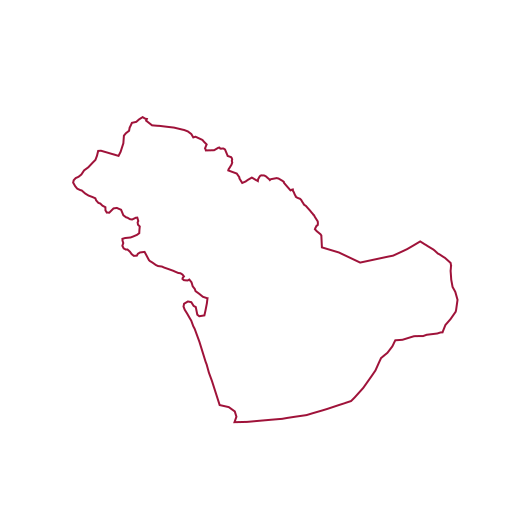 Al Makhrim, Homs (Hims), Syria (Albers equal-area conic projection), rotated 45°
{"feature_id": "27442178B17685723948764", "entity_name": "Al Makhrim", "entity_type": "district", "adm_level": 2, "iso_a3": "SYR", "parent_name": "Syria", "parent_adm1": "Homs (Hims)", "projection": "albers", "projection_center": [37.338, 34.825], "detail": "fine", "context": "isolated", "style": "outline", "palette": "rose", "viewbox_px": 512, "rotation_deg": 45, "n_neighbors": 0, "source": "geoboundaries", "source_scale": "gbopen_adm2", "svg_char_len": 5108}
<svg xmlns="http://www.w3.org/2000/svg" viewBox="0 0 512 512"><g transform="rotate(45 256 256)"><path d="M358.3,388.7L363.0,383.8L367.1,379.5L368.6,377.7L372.5,373.0L383.3,360.1L383.9,359.4L387.1,355.6L389.6,352.7L392.6,348.4L397.3,342.0L404.2,332.8L404.9,331.5L407.3,327.0L412.1,318.3L414.5,313.8L420.0,302.8L421.4,300.1L425.8,291.3L425.8,286.2L425.1,273.4L422.6,258.9L421.4,252.5L418.3,244.4L417.1,241.1L416.6,239.8L416.6,239.7L417.0,235.3L417.4,231.6L416.3,223.5L415.5,221.1L415.1,220.1L414.1,217.1L418.8,211.7L423.1,203.5L424.5,200.9L428.8,196.4L430.8,194.4L431.5,192.9L432.4,191.0L439.0,182.6L439.8,181.0L440.6,179.5L441.9,178.1L441.5,177.3L438.7,170.8L438.2,163.2L436.6,154.2L435.6,152.6L429.5,144.5L422.4,140.5L420.8,140.0L416.9,138.9L410.8,134.7L407.6,131.9L404.1,128.9L402.8,127.3L400.8,125.0L400.8,124.9L400.6,124.8L398.5,123.3L391.0,123.7L390.5,123.8L389.4,124.1L384.5,125.1L382.8,125.7L381.4,125.7L379.9,125.8L379.1,125.8L378.8,125.8L377.0,126.0L376.0,126.2L375.3,126.4L373.3,126.9L372.0,127.2L371.3,127.4L370.9,127.5L369.5,127.8L368.5,128.0L366.7,128.5L364.3,129.0L363.6,129.2L362.6,129.4L362.3,129.5L361.8,129.6L359.9,137.1L358.0,144.3L356.6,148.2L352.7,158.8L349.8,163.1L334.3,187.0L314.4,194.1L312.1,194.9L296.5,203.3L291.0,198.3L287.7,195.3L286.2,195.0L285.6,195.1L285.3,195.1L281.4,195.5L278.7,195.4L278.3,194.4L278.2,194.3L277.9,193.2L277.4,191.7L277.7,191.2L277.8,191.0L277.8,190.6L277.2,189.7L276.3,188.8L276.2,188.7L275.9,188.5L275.2,187.9L269.4,186.6L269.2,186.5L268.2,186.1L267.5,186.3L267.4,186.3L266.5,186.1L266.2,186.0L264.9,186.0L262.3,185.7L259.0,185.5L258.7,185.5L256.0,185.3L255.4,185.4L254.4,185.6L253.4,185.8L252.7,185.4L250.9,185.1L250.5,185.0L249.0,184.6L248.3,184.4L246.7,184.4L245.2,185.1L244.5,185.4L243.7,185.7L242.9,185.8L242.3,186.0L242.2,186.0L241.7,185.6L241.0,185.4L240.5,185.3L240.4,185.3L239.1,184.8L238.9,184.7L237.7,184.2L237.3,184.1L237.0,184.0L236.7,183.9L235.9,183.8L235.7,183.6L235.2,183.1L235.0,182.9L234.6,183.4L234.0,185.2L233.8,185.2L231.0,185.0L229.4,184.9L225.4,184.6L224.8,184.5L224.3,184.5L224.2,184.5L223.9,184.4L223.2,183.9L222.8,184.0L222.7,184.0L222.1,184.1L221.7,184.1L221.0,184.3L217.1,185.3L216.1,186.0L215.6,186.2L214.5,187.8L212.2,191.2L212.1,191.8L212.1,192.5L211.2,192.4L210.8,192.4L210.4,192.4L209.7,192.5L208.4,192.6L207.3,192.6L207.2,192.6L206.7,192.7L205.3,193.1L204.7,193.4L203.9,194.1L203.3,194.8L202.9,195.0L202.6,195.5L202.3,196.2L202.4,197.5L202.8,198.7L203.0,199.8L203.5,200.6L204.0,201.3L204.3,201.7L203.4,201.9L202.4,202.3L201.5,202.5L200.8,202.7L199.9,202.9L198.6,203.2L197.6,203.5L196.4,208.0L196.0,210.4L196.0,210.6L194.6,214.1L189.5,212.9L188.5,212.1L184.1,211.3L175.9,215.1L175.4,214.3L175.1,213.4L175.0,212.5L174.8,211.6L174.6,211.0L174.4,210.0L174.2,209.1L173.9,208.3L173.6,207.8L173.2,206.8L171.6,205.8L171.2,205.1L170.9,204.6L169.8,204.0L169.6,203.9L168.5,203.7L165.2,205.3L164.6,205.0L158.8,202.6L157.0,203.0L156.0,204.0L155.4,204.9L154.8,205.3L153.4,205.2L153.1,205.7L153.1,205.8L152.8,206.1L151.6,210.8L145.9,216.8L145.4,216.5L144.5,216.1L143.8,215.9L143.5,215.1L143.3,214.6L142.8,213.5L142.5,212.7L142.2,212.0L141.5,212.0L141.0,212.0L139.9,212.0L139.1,212.0L138.1,212.0L137.1,211.9L136.3,211.8L135.2,212.1L134.2,212.5L133.6,212.7L132.8,213.0L132.2,213.2L131.7,213.4L131.0,213.7L130.2,213.9L129.6,214.2L128.8,214.5L128.5,215.1L127.8,216.5L124.0,215.5L119.7,216.1L116.1,217.7L114.7,218.6L107.2,223.2L101.4,227.8L95.9,232.1L93.9,233.9L90.1,237.1L82.6,238.0L81.9,236.3L80.7,237.2L77.6,238.0L76.7,242.2L76.5,245.8L74.1,249.6L75.0,251.9L75.9,254.6L77.7,257.2L77.2,261.2L77.5,264.3L82.5,270.1L86.6,278.1L88.0,282.4L71.9,291.2L70.1,293.3L72.7,297.6L74.5,301.6L74.5,305.2L74.7,311.9L73.9,317.0L74.9,321.9L74.5,325.5L73.4,328.4L73.5,331.3L74.8,333.4L78.8,334.5L82.0,334.8L85.3,333.6L86.4,332.9L91.0,332.6L94.8,331.7L98.5,330.0L101.6,328.8L103.6,329.7L107.0,329.9L108.8,329.0L111.8,329.0L115.0,328.0L117.3,330.2L119.8,330.8L120.1,330.4L121.6,329.2L121.6,323.1L123.6,320.4L125.5,319.7L127.9,318.7L133.4,321.0L136.9,320.5L138.0,319.8L140.8,319.1L142.6,317.8L143.6,315.0L143.9,314.0L144.9,312.8L148.0,314.5L148.5,315.9L150.4,317.3L152.9,317.3L155.3,320.2L157.3,322.4L156.9,325.2L155.3,329.2L154.2,331.6L150.7,335.9L149.4,338.3L150.7,339.5L153.0,340.7L154.3,343.3L157.1,344.2L159.4,343.5L160.5,342.3L163.8,342.1L166.7,342.6L169.5,342.3L171.5,340.0L170.9,338.0L171.5,335.5L174.3,331.9L176.7,332.6L183.2,334.6L184.6,334.6L186.4,334.1L188.4,333.7L191.5,333.2L193.8,332.4L196.9,330.0L199.3,329.1L203.2,327.2L208.1,324.9L209.5,324.4L213.0,323.0L214.8,321.6L217.2,321.1L219.5,321.4L219.6,323.2L220.2,324.2L222.0,324.1L223.2,323.2L225.0,321.6L225.5,319.8L229.0,320.2L232.7,322.2L236.0,322.6L238.1,323.6L242.4,322.9L247.3,322.4L251.5,320.3L251.6,320.2L254.8,324.3L258.9,330.4L261.5,334.5L258.5,338.7L256.0,339.0L249.5,334.7L247.2,335.4L242.9,334.4L240.0,336.3L238.9,340.6L240.5,343.0L243.6,344.4L248.0,345.4L253.1,346.8L255.9,347.5L261.3,350.0L264.2,350.9L276.7,356.7L295.1,366.4L297.8,367.6L305.2,371.8L313.2,375.5L335.7,387.1L343.6,382.1L350.9,380.9L355.8,383.5L358.3,388.7Z" fill="none" stroke="#9f1239" stroke-width="2"/></g></svg>